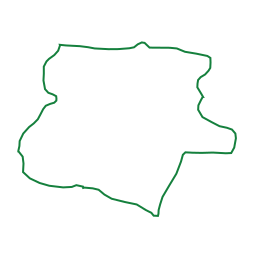 the Statistical Region of Vinica, rotated 93°
{"feature_id": "MKD-3003", "entity_name": "Vinica", "entity_type": "Statistical Region", "adm_level": 1, "iso_a3": "MKD", "parent_name": "North Macedonia", "parent_adm1": "", "projection": "albers", "projection_center": [22.558, 41.857], "detail": "fine", "context": "isolated", "style": "outline", "palette": "green", "viewbox_px": 256, "rotation_deg": 93, "n_neighbors": 0, "source": "natural_earth", "source_scale": "10m", "svg_char_len": 1383}
<svg xmlns="http://www.w3.org/2000/svg" viewBox="0 0 256 256"><g transform="rotate(93 128 128)"><path d="M48.5,200.4L48.8,194.3L48.8,184.4L48.8,180.4L49.4,172.1L50.3,165.4L50.3,158.6L50.3,151.5L49.7,141.6L48.3,130.9L47.1,126.2L43.9,122.6L41.8,118.6L42.0,117.6L42.1,115.9L46.6,110.7L45.7,90.5L46.0,83.4L48.9,75.1L50.2,63.6L51.9,52.5L53.7,49.4L58.4,49.0L63.7,49.0L66.6,50.6L70.5,53.8L73.4,58.1L76.4,60.5L79.9,60.9L83.7,60.9L90.2,56.5L93.0,54.7L93.0,55.0L96.1,56.5L101.7,58.9L106.1,58.9L113.2,54.2L117.6,45.1L121.4,36.7L122.6,29.2L124.1,24.1L127.9,20.5L132.6,19.7L142.0,20.9L147.6,23.6L148.1,29.0L148.1,42.1L149.0,53.2L149.3,62.3L149.3,69.4L151.9,71.8L158.7,73.3L171.1,77.3L182.9,83.6L195.0,89.9L202.6,91.9L208.3,93.1L212.1,93.1L214.2,93.5L214.2,97.8L211.5,100.2L209.1,105.7L203.9,115.3L202.1,127.1L199.5,140.6L195.7,148.1L191.2,154.1L190.1,160.1L189.8,168.3L190.2,169.6L188.9,169.9L187.8,176.6L189.8,181.0L190.7,189.7L189.8,203.6L187.5,213.5L183.4,223.4L177.5,230.5L168.9,230.5L162.1,231.7L157.1,236.1L157.1,236.3L156.5,236.3L151.7,235.5L146.7,235.5L139.0,232.3L132.2,226.8L128.4,222.4L124.0,218.5L118.9,216.1L113.6,213.7L110.1,211.3L108.0,207.0L106.6,203.0L104.4,201.0L102.4,201.0L100.0,201.4L98.3,205.0L97.0,209.4L93.5,212.9L85.0,214.9L78.2,214.9L71.1,215.3L65.8,212.9L63.1,210.5L59.0,205.4L54.5,201.8L49.0,200.2L48.5,200.4Z" fill="none" stroke="#15803d" stroke-width="2"/></g></svg>